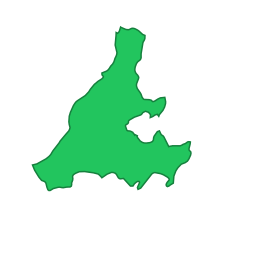 the State of Salzburg, rotated 117°
{"feature_id": "AUT-2327", "entity_name": "Salzburg", "entity_type": "State", "adm_level": 1, "iso_a3": "AUT", "parent_name": "Austria", "parent_adm1": "", "projection": "equal_earth", "projection_center": [12.999, 47.494], "detail": "fine", "context": "isolated", "style": "filled", "palette": "green", "viewbox_px": 256, "rotation_deg": 117, "n_neighbors": 0, "source": "natural_earth", "source_scale": "10m", "svg_char_len": 3383}
<svg xmlns="http://www.w3.org/2000/svg" viewBox="0 0 256 256"><g transform="rotate(117 128 128)"><path d="M48.3,181.9L48.4,180.3L46.1,179.6L41.4,180.4L41.5,179.8L41.2,175.0L40.9,173.8L40.1,172.0L39.3,171.3L37.7,170.1L37.1,169.3L36.6,168.0L36.4,166.6L36.4,164.3L36.6,162.4L38.0,157.4L37.8,154.9L40.6,153.6L42.0,153.4L45.0,153.5L56.0,150.0L59.5,148.2L60.9,148.0L62.1,148.2L64.3,149.3L65.6,149.6L67.1,149.7L70.3,149.3L72.2,148.7L73.5,148.1L74.7,147.0L75.7,145.7L76.6,143.3L77.3,142.2L77.9,141.5L78.6,141.2L79.6,141.0L84.4,140.5L85.6,140.1L86.6,139.6L87.4,138.9L88.2,138.1L88.9,137.2L91.0,133.2L92.0,131.7L94.0,129.6L94.6,128.6L95.1,127.6L95.3,127.1L95.1,126.3L93.2,122.1L92.8,120.6L92.7,119.6L93.2,118.6L93.3,118.0L92.9,117.4L92.0,116.5L88.6,114.5L86.5,112.9L84.0,109.1L87.5,106.4L89.3,105.6L92.8,104.9L96.4,104.9L101.9,106.1L103.6,105.9L102.5,108.1L104.1,109.8L106.6,111.2L108.6,112.9L105.9,114.0L104.7,116.9L105.2,120.1L107.6,121.8L109.1,122.0L110.1,122.3L110.9,122.9L115.4,127.2L120.2,130.3L121.3,130.7L122.1,130.5L122.9,130.1L124.0,130.1L124.9,130.5L125.5,131.0L126.1,131.3L127.1,131.3L127.8,130.8L130.6,127.9L130.6,126.8L130.3,126.1L130.0,125.4L129.8,124.7L129.7,123.9L129.7,121.7L130.0,121.4L130.9,119.3L131.0,119.2L130.8,119.2L130.7,116.4L131.0,116.5L132.6,114.6L132.6,114.3L133.8,111.8L134.0,111.5L134.2,110.0L134.3,108.5L134.0,106.8L133.2,105.0L131.3,102.1L130.1,100.9L128.9,100.1L127.4,99.9L124.9,100.8L123.4,101.0L117.9,100.2L116.3,98.7L118.2,96.3L118.8,95.4L119.0,94.5L119.0,93.7L119.2,92.9L119.7,91.9L126.1,83.2L125.6,82.8L123.5,80.0L120.2,73.4L118.5,72.0L117.7,71.6L115.8,69.8L113.4,68.6L112.6,67.6L112.1,66.3L112.1,66.1L114.0,65.4L118.6,64.3L119.8,63.7L120.1,63.1L120.8,61.2L122.0,60.4L123.8,59.9L128.0,59.7L130.5,60.0L132.9,61.3L135.8,63.9L136.2,64.2L136.7,64.3L140.6,65.5L144.3,65.9L150.0,65.3L156.6,62.6L159.6,64.5L160.6,64.9L161.5,65.5L162.3,66.3L162.2,67.3L161.4,68.2L160.0,68.5L158.5,68.4L155.9,67.8L155.2,67.9L154.7,68.2L154.4,68.8L154.0,69.9L153.8,71.4L153.6,75.0L153.7,76.6L153.9,78.3L155.2,82.8L155.6,84.0L156.5,85.0L158.0,85.9L175.8,89.4L178.1,91.2L176.9,92.5L175.3,92.7L171.5,92.9L170.8,93.4L170.6,93.9L171.1,94.9L171.4,95.3L171.9,95.7L172.9,96.2L174.9,97.0L177.4,97.2L178.1,98.4L178.6,99.5L175.0,109.1L176.7,111.6L177.0,112.7L176.7,114.0L176.1,115.0L174.6,117.2L174.1,118.8L174.3,120.8L175.0,122.5L178.5,125.6L184.2,128.7L183.4,130.6L182.7,132.9L182.6,133.9L183.6,138.4L186.5,146.9L189.1,151.6L192.2,154.2L193.9,155.2L195.4,155.6L196.7,155.2L198.1,154.2L199.7,153.6L202.5,153.3L204.0,152.5L205.5,152.1L206.8,152.8L208.4,155.7L210.6,158.6L211.1,159.8L211.4,160.9L211.8,162.2L212.6,163.4L215.9,167.1L218.9,168.9L219.6,170.0L219.4,171.3L217.5,173.4L214.6,175.9L213.8,177.0L213.6,178.6L213.9,181.2L213.3,182.6L212.2,185.1L208.0,192.0L204.3,196.3L201.4,192.9L192.8,187.1L189.3,185.5L186.8,184.8L182.4,184.5L172.5,182.6L170.4,182.5L161.3,180.4L157.4,179.4L155.5,179.5L154.0,179.8L151.6,181.9L149.3,183.5L144.1,185.7L140.2,186.4L132.8,186.8L129.9,186.5L128.0,186.1L126.4,185.3L118.5,180.8L113.7,179.4L110.5,179.1L104.5,177.8L100.0,175.9L96.1,173.6L94.8,173.2L93.9,173.1L93.4,173.3L93.1,173.6L93.0,174.0L92.9,174.4L92.8,174.7L92.4,175.2L92.1,175.5L90.8,176.2L87.0,172.9L85.3,172.1L83.4,171.7L80.7,171.5L77.9,170.7L75.2,170.6L71.8,171.2L69.5,171.2L67.4,171.5L65.8,172.1L59.9,177.1L51.1,180.6L48.3,181.9Z" fill="#22c55e" stroke="#15803d" stroke-width="1.5"/></g></svg>